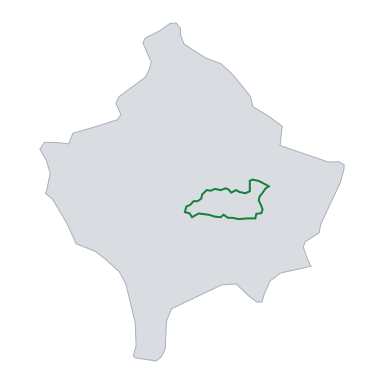 Kosovo, with Lipljan highlighted
{"feature_id": "KOS-5903", "entity_name": "Lipljan", "entity_type": "District", "adm_level": 1, "iso_a3": "XKX", "parent_name": "Kosovo", "parent_adm1": "", "projection": "orthographic", "projection_center": [21.101, 42.527], "detail": "fine", "context": "in_parent", "style": "outline", "palette": "green", "viewbox_px": 384, "rotation_deg": 0, "n_neighbors": 0, "source": "natural_earth", "source_scale": "10m", "svg_char_len": 1572}
<svg xmlns="http://www.w3.org/2000/svg" viewBox="0 0 384 384"><path d="M95.7,126.6L117.7,119.6L120.9,114.5L115.9,103.5L118.9,96.7L145.2,77.4L149.6,68.6L151.2,61.7L147.7,54.3L142.9,42.7L145.3,37.9L158.9,31.3L169.9,23.6L176.4,23.0L180.5,28.6L180.4,34.4L184.0,44.1L192.1,49.4L205.6,58.0L221.2,63.8L233.5,75.5L250.3,96.3L252.9,106.7L268.1,115.9L282.2,126.2L280.0,145.5L328.1,162.0L338.9,161.8L344.1,164.7L344.0,169.1L340.3,182.6L320.8,224.1L319.2,232.7L305.1,241.8L303.2,247.0L307.2,258.4L311.0,266.4L310.7,266.3L280.3,273.1L270.0,281.0L264.0,294.7L262.0,301.9L256.6,302.1L247.7,295.0L236.3,284.0L221.6,284.9L171.4,308.8L166.4,321.5L165.2,348.9L161.7,356.2L156.3,361.0L135.5,357.9L133.3,356.1L136.1,345.6L135.2,322.6L126.0,284.5L119.5,272.0L105.8,259.5L95.2,251.3L76.2,243.8L66.7,222.9L52.4,199.0L45.5,193.5L46.6,191.1L50.2,173.3L46.2,160.2L39.9,149.0L44.4,142.3L57.7,142.6L68.7,143.9L72.8,133.3L95.7,126.6Z" fill="#d9dde1" stroke="#a8b0b8" stroke-width="1"/><path d="M186.3,206.6L190.3,204.8L193.5,201.2L197.6,201.2L201.2,198.7L202.2,194.4L206.7,190.1L210.8,190.7L214.9,188.9L220.8,190.1L225.7,188.3L228.5,189.5L231.2,192.6L236.2,190.1L239.4,192.0L245.3,193.2L249.8,191.3L249.8,186.4L249.8,180.9L252.5,179.6L258.4,180.8L263.4,183.3L268.8,186.3L265.3,188.7L263.0,192.3L259.4,196.8L258.8,200.6L260.9,205.0L262.6,209.4L261.4,213.2L256.4,213.8L255.3,218.4L247.1,218.4L238.9,219.1L232.1,217.8L228.0,217.8L223.5,214.7L220.7,217.2L214.8,216.6L208.5,214.7L203.5,214.1L198.5,213.5L192.1,217.2L189.4,213.2L184.9,212.2L186.3,206.6Z" fill="none" stroke="#15803d" stroke-width="2"/></svg>